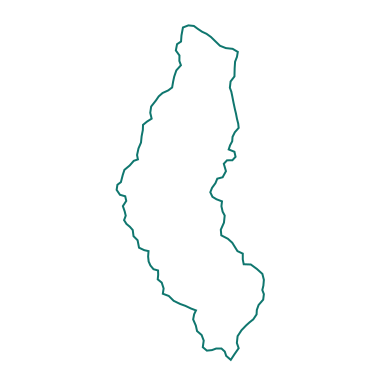 the district of Alfredo Vasconcelos, Minas Gerais, Brazil, rotated 92°
{"feature_id": "56859067B6274472295952", "entity_name": "Alfredo Vasconcelos", "entity_type": "district", "adm_level": 2, "iso_a3": "BRA", "parent_name": "Brazil", "parent_adm1": "Minas Gerais", "projection": "orthographic", "projection_center": [-43.711, -21.14], "detail": "fine", "context": "isolated", "style": "outline", "palette": "teal", "viewbox_px": 384, "rotation_deg": 92, "n_neighbors": 0, "source": "geoboundaries", "source_scale": "gbopen_adm2", "svg_char_len": 2003}
<svg xmlns="http://www.w3.org/2000/svg" viewBox="0 0 384 384"><g transform="rotate(92 192 192)"><path d="M312.1,123.2L307.6,123.1L302.6,121.5L297.1,117.1L291.6,116.6L287.5,118.3L283.1,117.4L277.3,117.1L271.4,118.8L266.7,124.4L262.4,130.7L262.4,137.8L257.6,138.9L251.8,139.1L249.5,144.5L245.2,147.4L241.3,150.0L237.5,154.5L234.3,161.2L228.7,161.9L221.5,159.0L214.4,158.5L210.6,160.7L205.2,162.1L200.3,161.7L198.4,167.3L196.1,171.4L191.6,173.7L187.1,172.1L182.4,168.9L177.8,167.2L176.2,161.9L170.0,158.8L162.7,161.2L159.1,158.1L158.9,152.8L155.3,149.7L150.3,151.0L148.2,156.8L144.0,155.6L139.9,153.6L135.5,153.4L130.8,151.3L126.3,147.6L122.1,148.2L117.3,149.6L112.1,150.8L107.8,152.0L101.4,153.6L94.9,155.1L90.4,156.2L86.5,157.8L80.2,157.3L75.0,153.6L66.9,153.7L60.3,153.5L55.4,151.8L50.4,151.1L47.5,156.4L47.0,163.2L44.9,169.1L40.4,174.1L36.4,178.5L33.4,183.0L31.5,187.5L28.7,192.0L26.0,195.9L25.6,201.4L27.9,206.8L36.0,208.0L42.0,208.2L44.8,212.1L51.1,213.1L56.0,209.3L61.5,209.2L65.7,207.5L71.0,211.9L77.3,213.8L82.3,214.7L88.2,215.5L91.3,219.3L94.1,224.9L97.6,228.6L101.7,231.2L108.0,235.8L114.3,236.5L120.1,234.9L123.2,239.4L126.6,243.3L131.8,243.3L138.1,244.3L144.4,244.7L150.3,247.0L157.0,248.2L161.3,247.2L162.9,251.3L167.7,255.2L172.2,260.3L177.4,261.8L184.6,263.4L187.4,266.8L192.5,267.4L197.3,263.9L198.6,258.6L203.2,257.4L208.5,260.6L213.7,258.6L218.0,257.4L222.5,258.9L226.2,256.4L229.0,252.8L232.1,249.9L238.2,248.9L242.1,244.7L249.5,243.0L251.8,237.7L252.6,233.4L258.1,233.6L263.0,232.9L266.9,231.0L270.5,227.8L271.6,223.2L276.0,222.9L280.5,223.2L283.6,219.1L289.4,217.0L294.7,217.6L296.7,211.6L301.4,206.5L304.3,200.0L306.0,194.7L308.5,188.9L310.2,183.9L314.1,185.6L319.3,186.4L325.4,183.5L330.8,182.1L334.6,177.4L340.1,175.1L346.7,175.8L350.0,171.6L349.3,166.5L347.6,162.4L347.4,157.1L350.3,153.7L354.6,152.1L358.4,147.4L352.8,144.0L346.5,139.9L341.3,141.9L334.5,141.4L328.4,137.7L323.4,133.2L320.3,130.0L317.1,126.3L312.1,123.2Z" fill="none" stroke="#0f766e" stroke-width="2"/></g></svg>